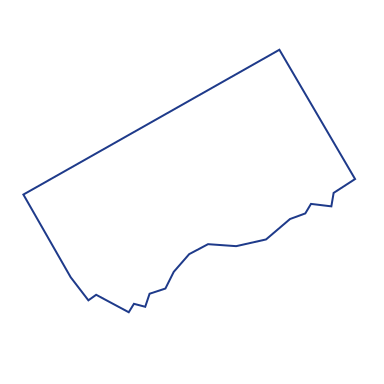 Edwards, Illinois, United States of America (Robinson projection), rotated 60°
{"feature_id": "52423323B63371987801895", "entity_name": "Edwards", "entity_type": "district", "adm_level": 2, "iso_a3": "USA", "parent_name": "United States of America", "parent_adm1": "Illinois", "projection": "robinson", "projection_center": [-87.988, 38.413], "detail": "fine", "context": "isolated", "style": "outline", "palette": "blue", "viewbox_px": 384, "rotation_deg": 60, "n_neighbors": 0, "source": "geoboundaries", "source_scale": "gbopen_adm2", "svg_char_len": 423}
<svg xmlns="http://www.w3.org/2000/svg" viewBox="0 0 384 384"><g transform="rotate(60 192 192)"><path d="M112.5,45.2L109.9,339.3L205.2,339.7L234.0,335.9L233.1,326.4L264.5,306.9L259.8,298.2L268.0,289.9L258.9,279.6L262.3,263.3L252.0,247.7L244.4,225.5L245.2,204.2L261.0,180.8L270.1,151.6L264.4,120.6L267.2,104.6L261.8,94.9L274.1,78.5L263.6,69.8L262.3,44.3L112.5,45.2Z" fill="none" stroke="#1e3a8a" stroke-width="2"/></g></svg>